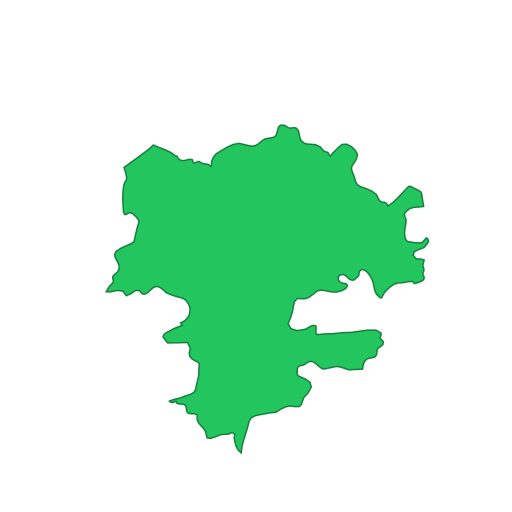 SVG path tracing the border of Hidalgo, rotated 46°
{"feature_id": "MEX-2730", "entity_name": "Hidalgo", "entity_type": "State", "adm_level": 1, "iso_a3": "MEX", "parent_name": "Mexico", "parent_adm1": "", "projection": "mercator", "projection_center": [-98.728, 20.492], "detail": "fine", "context": "isolated", "style": "filled", "palette": "green", "viewbox_px": 512, "rotation_deg": 46, "n_neighbors": 0, "source": "natural_earth", "source_scale": "10m", "svg_char_len": 6160}
<svg xmlns="http://www.w3.org/2000/svg" viewBox="0 0 512 512"><g transform="rotate(46 256 256)"><path d="M235.8,133.2L235.3,129.2L235.2,121.2L235.3,118.8L235.6,116.5L238.6,113.1L243.6,111.4L248.9,111.2L253.1,112.3L254.1,113.4L254.9,114.6L255.6,115.9L256.1,117.2L256.9,119.4L257.3,121.7L257.8,124.0L258.8,125.9L260.4,127.3L262.6,128.4L264.8,129.3L266.8,130.1L269.8,131.7L272.6,133.0L275.4,133.5L278.6,132.7L282.6,130.7L286.7,128.8L290.8,127.4L295.2,126.7L297.7,127.4L300.3,128.3L301.6,128.6L302.9,128.6L304.2,128.2L305.4,127.5L306.7,126.2L308.2,125.7L309.8,125.8L311.6,126.6L312.6,120.6L312.7,114.3L312.4,107.9L312.0,99.3L312.1,97.8L312.8,96.8L314.7,96.0L319.6,94.3L322.1,93.5L324.6,92.9L325.6,93.3L328.4,95.1L331.2,97.1L336.8,101.0L333.8,104.9L330.9,108.3L328.7,112.3L328.3,117.4L328.5,118.7L328.9,119.8L329.6,120.7L330.5,121.4L333.8,122.6L336.8,125.7L339.6,129.6L342.3,132.9L344.3,134.5L346.3,136.0L348.5,136.9L350.8,136.9L354.4,134.3L358.7,130.9L361.7,127.3L361.6,123.8L361.3,121.0L363.2,120.5L365.4,121.8L366.2,124.8L366.6,129.4L364.4,134.4L362.8,139.1L364.6,142.5L369.5,142.7L372.8,139.4L375.6,137.8L379.0,142.9L381.0,143.7L382.4,144.6L383.5,146.0L384.5,148.0L385.6,149.0L387.0,149.4L388.5,150.1L389.5,151.9L389.2,153.6L388.3,156.4L387.1,159.1L386.2,160.8L385.4,161.2L384.6,161.1L383.9,160.8L383.3,161.0L382.4,161.8L381.3,163.0L380.2,164.4L379.2,165.8L378.2,167.5L377.0,169.2L375.7,170.7L374.3,172.2L372.2,176.1L371.3,182.1L371.4,188.4L372.7,193.0L373.2,194.1L373.2,194.9L372.7,195.5L371.7,195.8L367.4,195.9L363.5,194.6L359.9,192.4L356.2,190.0L354.1,189.2L352.0,188.4L349.8,187.8L347.5,187.5L345.1,187.2L342.3,187.5L339.9,188.6L338.7,190.7L339.2,192.8L340.4,194.3L341.5,195.8L341.6,198.1L341.4,200.2L341.4,201.8L340.8,203.1L338.7,204.5L336.6,205.0L334.3,205.1L332.1,205.3L329.8,206.1L328.0,208.8L328.2,211.4L330.1,213.2L333.1,213.7L335.3,212.8L337.3,211.3L339.2,210.3L341.1,211.0L341.7,214.1L340.9,217.4L339.4,220.6L337.7,223.3L334.2,226.7L329.8,229.7L325.8,232.7L323.7,236.3L323.4,239.5L323.0,243.0L322.5,246.4L321.4,249.4L320.1,251.2L318.5,252.8L316.7,254.4L315.2,256.0L315.6,260.1L318.2,264.2L321.3,268.3L323.6,272.4L327.0,279.8L332.5,281.4L338.2,278.3L342.8,271.7L343.7,268.8L344.4,265.8L345.6,263.1L347.8,261.4L350.5,263.7L352.6,266.2L354.8,266.8L357.8,263.3L359.8,260.6L364.3,255.9L366.3,253.3L371.6,246.7L374.4,243.5L377.3,240.4L381.3,234.8L386.8,227.3L392.7,221.2L398.0,219.6L398.5,219.8L398.9,220.2L399.3,220.5L399.7,221.0L401.0,223.7L403.5,223.9L406.1,223.9L407.8,226.1L407.8,228.1L407.5,230.0L407.2,231.9L407.7,233.9L408.4,234.9L410.0,236.8L410.7,237.8L411.2,240.6L410.0,243.0L408.3,245.3L407.2,247.7L407.2,250.6L408.1,253.3L409.6,255.7L411.4,257.9L406.4,263.6L404.5,265.9L402.6,268.1L399.3,269.9L395.4,271.9L391.8,274.3L389.8,277.1L388.5,279.3L384.5,285.7L382.5,286.8L379.8,287.3L374.3,287.8L373.0,288.1L371.7,288.4L369.1,290.6L368.2,293.5L367.7,296.7L366.2,299.7L365.0,301.4L365.1,303.3L366.1,305.1L367.8,306.5L368.8,307.7L370.0,308.6L371.3,308.8L372.7,308.5L378.8,305.9L384.4,304.9L388.6,307.2L390.8,314.0L390.9,318.7L391.1,320.2L392.7,323.5L394.4,326.5L394.4,329.4L391.4,332.6L387.3,335.9L384.9,339.9L383.4,344.6L382.3,349.9L381.0,351.8L378.1,355.5L376.9,357.5L376.0,358.7L375.2,360.0L372.5,364.0L370.1,368.0L369.1,372.0L370.3,376.0L374.4,382.8L378.5,390.4L382.7,397.6L387.3,403.5L383.0,403.6L378.9,402.4L375.1,400.3L371.5,397.9L370.8,397.1L370.3,396.1L369.8,395.3L369.0,395.1L366.4,396.0L365.7,396.8L365.7,397.7L365.0,399.4L363.5,401.2L362.0,402.9L360.6,404.7L359.5,406.8L357.7,411.0L355.7,415.3L353.1,417.5L349.6,415.7L347.4,414.3L343.9,413.6L340.3,413.5L336.8,413.3L333.5,412.4L332.6,411.8L329.3,408.6L326.8,409.8L324.4,412.3L322.1,414.0L319.4,413.7L317.1,411.9L314.9,410.5L312.6,410.9L308.8,414.3L306.8,415.2L304.9,414.5L304.1,416.4L303.3,417.9L302.1,418.9L300.3,419.1L300.6,418.1L302.1,414.9L305.6,408.9L306.9,405.7L307.8,403.6L309.0,401.3L310.0,399.1L310.7,397.0L310.9,394.8L310.4,393.1L309.4,391.3L304.5,383.8L303.8,382.7L303.1,381.6L302.4,380.6L301.6,379.7L296.5,374.4L295.3,372.8L293.8,371.7L292.2,371.4L290.4,372.2L285.8,373.5L282.3,373.4L279.4,371.4L276.6,367.3L270.7,365.3L264.2,372.4L257.1,380.0L249.8,379.2L249.1,378.1L248.6,376.9L248.6,375.3L248.9,373.6L249.3,372.0L249.8,370.5L250.7,367.0L251.9,363.7L254.7,357.2L254.0,357.2L252.5,356.9L251.7,356.8L252.4,354.9L252.9,353.0L253.1,351.0L252.9,349.0L252.6,346.6L251.7,344.5L250.4,342.5L248.8,340.7L248.0,340.1L247.2,339.6L245.5,338.6L242.7,337.8L239.9,337.3L237.1,337.5L234.4,338.6L231.0,340.7L227.3,342.8L223.5,344.7L219.8,346.1L216.9,346.2L214.1,346.4L211.4,347.1L208.8,348.6L207.4,351.6L207.2,355.1L207.2,358.6L206.4,362.0L205.3,363.4L203.8,364.1L202.1,364.1L200.4,363.7L197.2,366.3L196.2,372.1L194.5,376.8L188.7,376.2L184.5,379.6L180.7,385.6L177.7,388.6L176.0,382.7L175.9,378.8L175.6,376.9L174.6,375.7L173.1,374.9L172.0,374.1L171.3,373.0L171.0,371.4L171.3,366.7L170.1,363.3L167.5,361.0L163.6,359.6L159.4,358.4L156.6,356.5L155.5,353.3L156.5,348.2L157.6,344.6L158.9,341.3L160.1,337.9L161.0,334.0L154.5,323.9L153.4,322.2L152.3,320.4L151.3,318.5L150.4,316.6L148.1,315.4L144.3,315.0L140.2,315.3L137.4,316.3L136.4,318.2L135.9,320.5L134.8,321.7L132.0,320.5L127.2,316.4L122.1,311.9L117.4,307.1L113.4,302.2L112.6,300.7L112.0,299.2L111.0,296.1L109.4,294.3L106.4,292.4L100.6,289.4L103.5,268.9L104.5,260.7L104.9,256.7L104.8,252.8L110.4,250.4L116.5,247.6L122.6,245.3L128.3,244.4L129.3,243.4L131.6,244.3L134.2,243.9L136.6,242.5L138.1,240.5L138.9,238.9L139.8,237.4L140.9,236.1L142.2,235.0L143.0,235.0L144.7,236.1L145.5,236.3L146.4,235.5L147.0,234.2L147.5,232.7L148.2,231.5L148.9,231.2L151.6,230.4L152.6,230.1L154.2,228.9L155.8,227.5L157.7,226.5L160.3,226.1L159.8,224.9L158.7,224.0L156.8,221.5L155.4,218.2L154.9,214.4L155.0,212.7L157.8,200.8L160.0,194.8L163.4,189.8L172.9,183.7L174.4,182.3L175.8,180.4L176.9,177.5L177.4,170.8L178.3,167.6L181.8,162.7L183.2,159.9L183.0,157.2L179.0,150.4L178.8,147.6L181.5,144.9L182.9,144.4L186.0,143.7L187.6,142.8L190.5,139.1L191.9,138.3L195.3,138.4L201.3,142.2L204.5,143.5L209.6,142.6L217.3,135.8L222.3,134.0L226.4,134.3L227.8,134.2L229.2,133.6L230.4,132.9L231.7,132.4L234.1,133.1L235.8,133.2Z" fill="#22c55e" stroke="#15803d" stroke-width="1.5"/></g></svg>